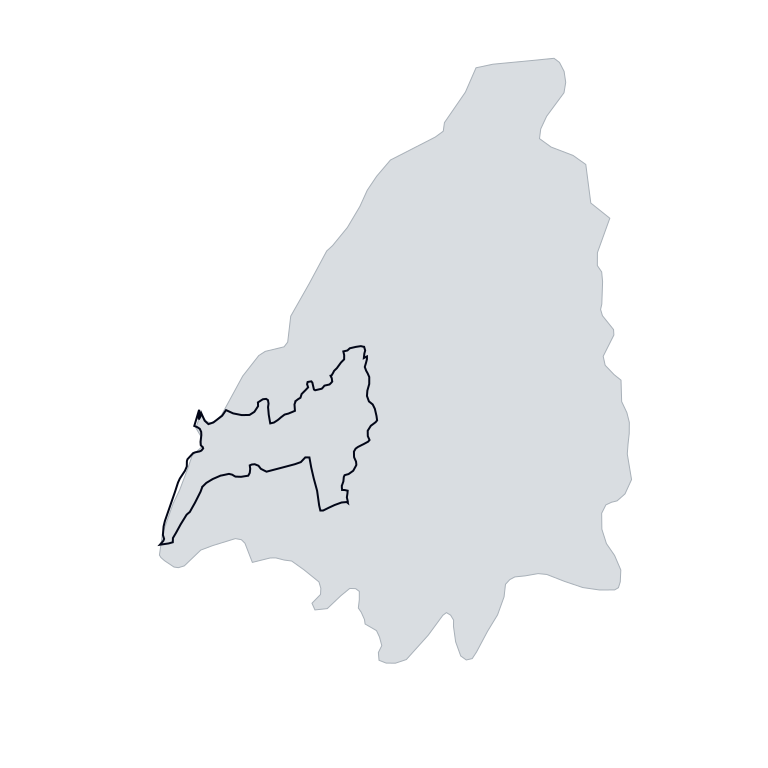 Herzegovina-Neretva highlighted on a map of Bosnia and Herzegovina, rotated 77°
{"feature_id": "BIH-2228", "entity_name": "Herzegovina-Neretva", "entity_type": "Canton", "adm_level": 1, "iso_a3": "BIH", "parent_name": "Bosnia and Herzegovina", "parent_adm1": "", "projection": "natural_earth1", "projection_center": [17.847, 43.217], "detail": "fine", "context": "in_parent", "style": "outline", "palette": "ink", "viewbox_px": 768, "rotation_deg": 77, "n_neighbors": 0, "source": "natural_earth", "source_scale": "10m", "svg_char_len": 4785}
<svg xmlns="http://www.w3.org/2000/svg" viewBox="0 0 768 768"><g transform="rotate(77 384 384)"><path d="M635.2,201.4L636.5,205.6L633.2,220.3L627.0,236.2L616.8,252.7L606.2,268.2L603.4,276.5L602.7,289.6L601.4,299.9L602.9,305.5L606.5,310.7L618.4,314.9L634.5,325.3L648.3,338.8L665.9,354.1L671.4,359.8L671.4,365.9L666.3,370.4L651.3,372.2L635.7,370.8L629.7,369.3L624.2,371.1L620.8,374.6L622.6,378.7L638.7,397.4L657.5,424.2L658.6,435.7L656.4,444.7L652.1,451.0L644.4,449.9L638.4,445.0L629.5,445.3L622.6,446.8L613.6,456.4L609.1,456.0L601.4,457.5L596.5,459.4L588.7,456.6L580.5,454.7L577.0,457.7L575.5,463.4L580.6,473.7L590.1,489.8L588.6,502.1L581.4,503.5L574.8,493.2L568.9,491.5L562.2,491.9L547.0,503.8L535.7,513.8L533.1,520.8L529.1,528.5L527.9,534.0L528.2,552.4L507.9,555.3L503.6,558.0L501.2,563.6L502.9,587.2L504.6,599.9L516.3,619.5L516.7,625.7L515.1,629.8L506.8,637.6L502.9,640.4L500.2,641.3L486.7,636.1L480.3,633.7L453.1,616.4L441.1,606.8L422.2,594.2L410.5,587.0L404.6,576.2L395.3,573.7L384.4,577.2L372.0,569.3L380.7,565.3L382.9,561.4L381.8,556.4L377.9,549.5L344.5,519.9L328.1,499.6L325.5,492.4L325.3,473.0L321.5,468.4L296.9,459.6L269.6,434.5L241.5,409.9L237.6,403.0L223.2,384.4L205.5,367.5L191.4,356.7L179.9,344.4L167.2,327.3L160.7,301.4L154.9,278.4L151.0,269.4L142.9,266.3L117.9,239.0L96.6,223.2L96.9,206.0L100.7,177.5L104.9,145.1L110.1,140.7L119.9,138.2L131.0,139.1L140.7,143.1L159.7,165.3L170.7,173.9L179.9,177.3L190.7,167.9L203.9,148.3L215.5,138.0L254.2,141.8L273.3,126.7L304.0,146.5L316.6,149.5L323.8,146.7L333.5,148.0L355.1,153.8L360.1,156.2L366.6,155.8L382.6,148.1L388.0,149.0L406.3,164.2L415.5,164.3L426.5,157.8L433.6,152.2L454.6,156.4L466.6,153.8L476.6,153.6L487.4,156.2L497.3,159.7L506.9,162.7L532.8,164.3L545.3,173.9L550.3,183.2L550.4,188.9L551.7,195.0L558.9,201.0L574.5,204.4L584.3,203.6L589.5,203.2L602.9,197.9L618.5,195.1L629.9,198.3L635.2,201.4Z" fill="#d9dde1" stroke="#a8b0b8" stroke-width="1"/><path d="M402.3,576.3L399.1,575.8L392.8,573.5L389.5,572.9L386.2,573.6L384.1,575.6L382.2,578.3L367.6,570.0L370.3,570.1L374.4,571.8L376.9,572.5L374.7,570.4L371.3,568.6L379.4,567.0L383.6,564.1L383.1,558.9L378.5,548.8L373.9,543.8L378.7,537.6L382.3,529.6L383.9,522.0L382.2,517.2L381.9,516.5L377.3,511.7L373.9,511.0L373.6,511.0L372.0,506.6L371.6,505.4L372.0,502.2L373.6,500.7L377.1,500.9L380.5,502.2L383.7,502.6L387.9,503.2L396.4,503.7L396.8,503.7L396.8,499.9L395.3,495.8L395.0,495.2L394.7,494.5L393.3,491.9L391.5,487.9L391.4,487.3L391.3,483.6L391.1,482.7L390.7,480.1L390.1,476.8L383.7,475.8L381.4,474.3L380.9,474.3L379.4,471.0L378.6,468.5L375.2,466.5L372.4,462.0L370.2,458.7L367.9,458.9L367.0,459.0L366.9,459.0L364.9,458.0L364.9,456.7L365.1,454.2L365.4,454.1L366.5,453.5L368.2,453.5L371.4,453.5L373.6,453.5L374.2,452.9L374.6,452.5L374.6,449.5L374.6,445.7L373.6,444.2L372.2,442.4L372.2,440.7L372.2,437.2L371.1,435.4L370.0,433.9L369.8,433.9L366.5,433.6L364.7,434.1L363.9,434.2L363.9,433.2L361.7,431.1L359.9,429.6L358.0,426.4L353.4,421.1L351.0,417.3L346.9,416.3L344.7,416.3L343.1,416.3L343.1,414.3L343.1,412.1L341.5,409.3L341.5,406.8L341.5,403.1L341.6,401.7L341.9,398.0L342.9,396.0L343.3,395.0L347.1,394.8L349.9,396.3L354.2,397.8L353.4,395.0L353.3,394.4L355.9,395.0L359.0,396.6L363.1,398.9L367.0,398.4L370.1,397.5L373.9,396.8L380.7,398.4L386.7,401.7L391.8,403.3L397.6,402.6L398.7,401.7L401.4,399.6L406.1,398.5L413.4,398.5L417.9,398.9L418.8,400.1L419.3,400.7L421.0,404.5L421.7,406.2L425.9,410.4L426.4,410.5L431.1,411.5L435.3,410.7L436.6,412.4L438.1,417.8L438.2,418.4L438.3,418.8L439.5,423.6L440.6,426.2L443.1,428.5L447.9,429.5L448.7,429.6L449.8,429.4L453.3,428.7L456.4,429.1L456.7,429.2L457.8,430.1L461.6,433.5L463.8,438.8L463.9,441.6L464.0,442.9L465.6,444.1L469.8,445.5L473.1,447.6L473.6,448.0L474.2,448.1L475.6,448.4L477.4,448.6L477.8,448.7L478.5,446.1L479.8,443.4L482.6,444.3L486.1,445.7L490.3,445.7L491.7,446.0L491.8,446.0L490.7,446.9L490.6,447.1L489.9,452.0L490.8,459.3L492.1,465.5L493.6,471.8L493.0,474.5L487.8,474.5L473.0,473.2L459.9,473.7L449.1,473.7L438.8,473.2L438.1,475.9L437.8,477.2L441.4,482.6L442.1,488.9L442.5,501.1L443.0,518.2L441.2,520.4L438.9,523.1L435.4,524.7L433.1,528.0L432.7,530.9L433.1,533.1L436.0,533.4L436.5,533.4L437.3,533.7L440.4,534.8L442.8,536.9L442.5,541.0L442.3,544.1L440.8,549.6L439.8,550.7L438.2,552.3L436.7,555.3L436.6,562.2L436.5,564.0L436.6,564.3L438.1,572.4L440.4,579.4L443.1,583.8L443.2,584.1L443.3,584.1L447.7,587.0L457.2,594.9L460.7,598.1L465.0,602.0L466.3,604.6L467.0,605.8L475.0,613.7L482.3,620.2L486.6,624.3L490.7,625.4L490.9,629.6L490.2,638.5L487.2,634.3L485.5,633.1L481.4,633.4L473.2,630.8L468.2,628.3L441.9,611.8L433.7,606.9L430.2,604.2L423.7,597.4L420.0,594.7L414.8,593.4L413.1,592.4L408.4,585.5L408.1,583.3L408.2,578.8L407.8,576.9L406.1,574.7L404.7,574.8L403.5,575.7L402.3,576.3Z" fill="none" stroke="#020617" stroke-width="2"/></g></svg>